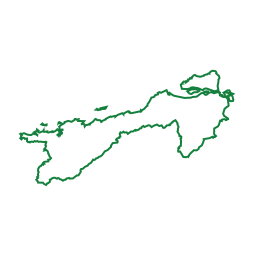 the district of Mawlamyine, Mon, Myanmar, rotated 84°
{"feature_id": "60261553B68016490563167", "entity_name": "Mawlamyine", "entity_type": "district", "adm_level": 2, "iso_a3": "MMR", "parent_name": "Myanmar", "parent_adm1": "Mon", "projection": "orthographic", "projection_center": [97.813, 15.742], "detail": "fine", "context": "isolated", "style": "outline", "palette": "green", "viewbox_px": 256, "rotation_deg": 84, "n_neighbors": 0, "source": "geoboundaries", "source_scale": "gbopen_adm2", "svg_char_len": 5887}
<svg xmlns="http://www.w3.org/2000/svg" viewBox="0 0 256 256"><g transform="rotate(84 128 128)"><path d="M129.1,27.5L125.9,31.2L123.7,31.9L119.1,30.0L117.4,27.6L116.8,26.0L116.2,25.6L109.9,25.7L107.7,27.0L106.9,30.5L105.2,33.1L103.5,33.3L102.4,32.8L101.9,33.3L101.6,34.6L102.4,38.9L101.0,41.5L101.4,43.6L103.2,46.5L103.1,47.6L101.1,49.4L100.9,50.3L101.0,51.4L104.0,56.4L103.9,60.4L104.4,62.2L104.0,68.7L100.8,78.7L99.8,80.3L97.2,83.2L97.9,83.8L99.2,83.6L98.9,84.4L94.4,85.7L96.4,91.5L95.6,92.9L96.1,94.5L96.7,94.2L97.7,94.6L97.8,96.2L98.3,96.9L98.0,97.4L99.9,99.0L100.2,101.5L104.1,104.0L106.4,106.1L108.0,106.4L108.1,107.0L110.6,109.8L111.9,112.5L112.8,111.8L111.6,113.3L113.9,113.7L112.7,114.1L113.6,123.0L113.4,124.2L112.7,125.2L111.9,124.8L111.3,126.1L113.2,131.0L114.0,131.1L112.7,132.2L114.0,137.2L115.4,139.2L114.8,139.1L114.6,139.8L115.2,143.7L114.8,143.9L114.9,144.9L116.6,149.2L117.1,149.2L118.5,153.6L118.8,154.0L120.1,153.7L118.1,154.4L117.3,155.1L116.9,157.9L115.9,158.7L115.6,159.5L118.3,162.5L119.9,166.0L120.5,165.7L120.7,169.8L121.9,170.9L119.8,171.1L118.6,172.0L119.4,173.4L119.1,173.6L116.6,170.9L115.8,176.8L114.1,176.2L114.4,178.5L113.5,179.0L113.5,179.9L114.7,180.9L115.9,183.5L114.7,186.7L115.5,190.5L116.5,190.7L118.3,194.7L119.5,196.3L120.0,196.0L122.5,196.5L122.7,193.3L123.1,193.3L123.3,194.9L124.1,194.6L125.5,194.8L125.8,194.2L126.7,194.4L126.8,195.3L128.5,196.5L128.2,197.8L127.8,197.8L127.8,198.2L128.3,198.2L127.5,198.9L126.5,197.5L126.8,197.1L124.9,196.5L124.8,195.8L125.3,195.2L124.6,195.1L124.3,196.7L121.9,198.5L123.0,199.8L124.1,202.1L124.2,203.7L123.4,203.6L124.2,207.6L123.8,208.7L122.9,208.6L123.1,211.9L122.5,212.3L121.4,212.2L122.3,212.9L123.3,216.5L122.5,217.8L121.5,218.0L121.2,217.4L120.0,218.6L121.2,218.8L122.5,222.1L123.3,221.5L122.8,221.2L122.7,220.4L124.8,219.8L125.2,218.9L125.7,219.0L124.7,220.1L124.0,220.5L124.4,221.2L123.6,222.4L124.9,225.2L124.2,228.4L122.3,232.0L123.1,234.8L122.4,235.2L122.7,235.8L124.5,234.5L124.8,235.1L126.6,235.6L127.0,236.2L128.2,235.2L127.0,233.8L126.8,232.8L127.3,231.9L128.0,231.7L127.9,229.5L130.5,229.8L131.7,228.8L131.5,227.3L132.1,226.9L131.4,225.2L132.0,223.6L131.2,222.2L131.9,221.1L131.5,219.5L132.4,218.5L132.4,216.5L133.3,212.6L133.0,211.3L133.5,210.7L136.3,212.0L137.2,211.4L139.2,212.3L140.3,213.6L140.9,213.2L141.6,213.6L141.3,211.6L142.8,210.3L144.9,209.8L145.3,210.0L146.5,209.3L148.2,209.0L149.9,207.7L151.1,208.9L151.2,210.7L152.5,210.5L152.9,210.9L152.9,214.7L153.6,215.8L154.7,215.1L154.7,215.7L155.4,216.0L154.9,216.5L155.5,216.8L155.4,217.6L156.5,218.3L157.2,220.0L159.0,221.5L161.5,222.0L162.4,221.4L164.8,222.5L166.2,222.2L167.3,223.5L168.2,222.7L169.8,224.6L170.9,224.0L171.3,223.4L172.9,223.1L173.5,218.3L174.8,217.4L176.1,215.4L174.5,213.9L174.6,213.3L173.3,211.3L171.2,211.1L171.1,209.9L170.1,208.8L169.7,207.0L169.9,205.7L171.0,203.9L170.5,203.0L170.6,202.2L171.9,201.0L172.2,199.9L173.6,198.2L172.9,196.9L172.9,195.5L171.9,194.6L171.5,191.8L172.2,191.4L172.4,188.1L169.9,184.0L169.9,182.2L166.6,179.5L165.0,179.7L163.9,178.9L163.9,177.3L162.1,174.9L161.2,172.0L159.9,171.0L158.6,168.2L155.8,166.0L156.3,165.2L155.8,163.7L154.9,163.0L154.6,161.2L153.6,159.9L153.4,158.5L152.3,156.6L148.7,153.4L147.9,150.7L145.0,146.9L143.8,146.8L141.4,144.7L141.4,140.1L140.9,139.7L139.5,139.8L138.8,141.0L138.3,141.1L137.1,139.6L136.9,137.6L136.0,137.5L135.7,136.5L132.9,136.9L131.6,136.0L132.0,135.4L132.0,134.4L131.2,132.9L132.1,132.1L132.2,129.8L133.8,128.8L131.8,125.3L132.0,123.3L130.6,121.0L130.7,120.6L131.4,120.5L130.8,117.6L129.7,116.4L129.6,114.8L128.5,114.3L127.6,112.5L128.7,111.6L127.4,107.3L128.0,105.7L129.6,104.5L128.3,101.8L127.6,98.9L129.3,96.7L128.9,94.3L131.6,92.9L131.5,91.4L129.5,89.1L129.5,86.2L128.9,86.2L129.0,85.5L128.1,85.1L127.0,83.1L126.4,83.0L125.2,80.0L128.5,78.2L129.3,78.5L132.2,77.6L133.9,78.5L135.5,78.5L136.6,79.2L140.0,77.7L141.3,77.7L141.3,77.0L142.2,75.9L143.7,76.2L143.8,76.8L146.4,76.6L151.2,77.3L151.3,78.1L153.0,79.9L153.4,79.2L154.2,80.0L156.1,80.6L156.8,80.4L156.9,78.6L162.6,76.0L163.1,73.4L162.6,71.4L163.0,71.0L160.4,69.3L157.0,64.9L157.4,62.1L156.3,60.1L154.7,59.4L152.9,56.3L148.4,53.9L147.0,53.9L146.6,48.0L145.6,45.0L146.6,44.4L145.5,43.0L146.0,42.4L145.2,41.3L144.7,41.6L144.7,42.2L142.9,43.0L137.5,42.3L135.8,38.4L134.2,37.2L130.4,35.6L130.9,34.0L129.6,33.9L129.3,32.5L129.3,31.4L129.6,30.5L130.4,29.9L130.3,29.3L130.0,29.2L129.6,27.5L129.1,27.5ZM89.4,33.0L87.9,31.8L85.6,32.2L83.0,34.6L81.9,34.3L81.1,34.7L80.5,35.5L79.9,38.1L80.6,39.9L81.9,41.5L82.5,41.4L82.3,42.6L83.0,43.8L82.9,44.6L83.5,46.9L83.9,47.0L84.6,50.8L83.5,54.4L82.3,55.8L82.4,57.0L84.0,59.1L84.4,58.9L85.4,59.5L84.8,61.0L85.8,61.5L86.1,63.3L87.3,63.1L88.3,64.9L87.8,64.6L87.4,65.2L87.9,66.9L87.7,67.9L88.7,68.8L89.6,69.0L89.3,69.6L90.6,71.0L94.7,70.3L95.5,64.9L95.2,62.5L94.4,61.1L94.3,59.3L95.7,54.2L98.2,49.7L97.0,48.1L96.8,46.1L100.6,38.0L99.8,34.1L95.6,34.5L91.4,33.2L89.4,33.0ZM97.7,65.2L100.1,63.4L100.8,61.2L99.6,59.3L99.4,58.3L99.6,55.3L98.6,53.3L97.4,54.5L96.3,57.8L96.5,59.1L96.1,60.4L97.7,65.2ZM106.1,21.5L106.2,22.9L107.4,25.8L108.7,24.7L111.6,24.0L112.1,22.8L112.1,20.8L111.0,20.3L108.0,20.7L106.1,21.5ZM105.9,24.6L105.5,22.0L105.0,22.0L104.2,22.9L103.3,25.5L102.7,27.9L102.9,29.2L106.7,27.6L107.0,26.3L106.3,24.6L105.9,24.6ZM102.4,28.2L103.9,23.1L105.3,20.2L105.1,19.8L103.8,22.2L101.2,23.2L101.0,25.2L102.4,28.2ZM106.4,157.9L106.6,156.8L107.1,156.1L106.7,152.5L106.3,152.1L106.6,149.1L106.4,148.4L104.7,147.2L105.5,153.4L106.5,154.2L106.4,156.3L105.7,156.9L106.4,157.9ZM100.1,49.2L100.7,46.0L100.5,44.6L100.1,44.6L99.7,46.2L100.1,49.2ZM115.4,213.8L116.0,212.8L116.4,211.1L114.6,212.7L115.4,213.8ZM104.6,32.2L106.3,30.8L106.2,30.2L105.0,31.1L104.6,32.2ZM115.9,196.6L115.6,196.2L116.2,195.2L115.9,194.4L115.0,195.7L115.2,196.4L115.9,196.6ZM116.7,210.5L116.6,208.7L116.0,208.6L116.3,210.9L116.7,210.5Z" fill="none" stroke="#15803d" stroke-width="2"/></g></svg>